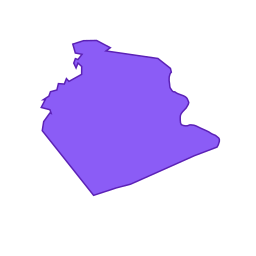 outline of Breckinridge, Kentucky, United States of America, rotated 116°
{"feature_id": "52423323B22001446499183", "entity_name": "Breckinridge", "entity_type": "district", "adm_level": 2, "iso_a3": "USA", "parent_name": "United States of America", "parent_adm1": "Kentucky", "projection": "mercator", "projection_center": [-86.516, 37.802], "detail": "fine", "context": "isolated", "style": "filled", "palette": "violet", "viewbox_px": 256, "rotation_deg": 116, "n_neighbors": 0, "source": "geoboundaries", "source_scale": "gbopen_adm2", "svg_char_len": 1119}
<svg xmlns="http://www.w3.org/2000/svg" viewBox="0 0 256 256"><g transform="rotate(116 128 128)"><path d="M106.1,39.6L103.5,39.5L100.1,40.0L98.5,40.7L97.9,41.2L97.2,42.2L96.3,46.1L96.5,49.4L96.4,51.5L96.1,53.6L96.1,56.8L96.3,62.8L96.3,67.8L96.6,70.0L97.6,72.8L98.1,73.8L99.9,75.5L100.8,77.1L101.5,79.4L101.6,81.4L101.2,82.1L100.3,83.1L98.0,84.5L95.4,85.8L93.7,86.4L91.8,86.5L89.6,86.1L84.5,84.5L80.4,84.2L78.6,84.5L78.1,84.9L75.9,87.4L75.2,88.6L74.8,90.2L74.7,92.2L75.3,98.2L75.3,99.7L75.0,101.8L75.5,103.0L75.5,103.5L75.3,104.5L73.4,107.8L72.1,108.8L70.4,109.8L67.4,111.8L64.9,113.0L63.8,113.4L61.0,113.9L59.7,113.8L58.9,113.5L55.8,116.0L52.4,131.6L68.4,181.6L63.6,179.1L63.1,194.6L69.0,206.2L76.8,214.4L83.7,208.2L81.9,201.6L88.4,203.0L88.7,205.7L93.5,205.2L96.8,201.0L91.6,201.4L93.0,196.6L100.1,193.2L112.0,201.5L110.6,205.0L116.4,204.5L118.6,210.0L125.0,208.6L129.4,213.6L134.1,213.1L139.7,216.5L138.9,214.8L147.6,215.0L145.8,206.2L148.6,203.4L148.8,204.8L159.2,206.6L168.0,203.9L194.5,148.4L203.6,129.4L187.0,112.3L177.3,101.0L123.8,56.2L106.1,39.6Z" fill="#8b5cf6" stroke="#5b21b6" stroke-width="1.5"/></g></svg>